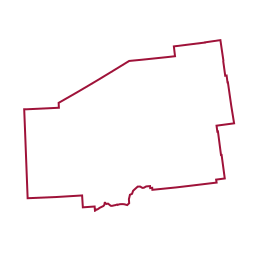 outline of Matanuska-Susitna, Alaska, United States of America, rotated 355°
{"feature_id": "52423323B34523976645917", "entity_name": "Matanuska-Susitna", "entity_type": "district", "adm_level": 2, "iso_a3": "USA", "parent_name": "United States of America", "parent_adm1": "Alaska", "projection": "orthographic", "projection_center": [-149.802, 62.337], "detail": "fine", "context": "isolated", "style": "outline", "palette": "rose", "viewbox_px": 256, "rotation_deg": 355, "n_neighbors": 0, "source": "geoboundaries", "source_scale": "gbopen_adm2", "svg_char_len": 1322}
<svg xmlns="http://www.w3.org/2000/svg" viewBox="0 0 256 256"><g transform="rotate(355 128 128)"><path d="M21.9,189.2L50.2,190.5L76.4,191.2L76.1,203.1L87.9,203.3L87.9,207.5L88.3,207.4L88.6,207.1L88.8,206.8L88.8,206.5L88.8,206.4L89.0,206.3L89.4,206.6L90.5,206.4L92.0,205.6L92.2,205.4L92.7,205.1L96.6,203.6L97.3,203.0L97.6,202.6L97.9,202.1L98.2,200.6L98.5,200.4L98.8,200.5L99.3,201.4L100.0,201.8L100.5,201.7L101.5,201.6L102.8,202.8L103.7,203.7L104.1,204.0L104.6,204.1L106.0,204.1L107.0,203.9L109.0,203.7L109.7,203.5L110.0,203.4L110.6,203.3L111.0,203.7L111.6,203.5L113.3,203.2L115.6,203.3L117.5,203.6L120.5,204.7L122.6,203.0L122.7,198.9L123.4,196.9L124.1,194.7L126.3,193.9L127.6,191.0L129.0,189.9L132.6,187.2L135.0,187.4L137.1,188.9L138.6,188.9L141.0,187.8L144.9,187.8L144.9,189.8L146.9,189.7L146.9,191.7L169.7,191.4L170.4,191.4L183.9,191.0L211.5,190.1L211.3,187.1L220.0,186.7L218.9,163.0L218.3,163.0L217.3,139.3L216.7,139.4L216.4,133.4L234.1,132.6L232.8,114.9L231.5,91.2L231.1,91.2L230.8,84.3L229.4,84.4L228.7,69.9L228.9,69.1L227.7,48.5L212.1,49.4L212.1,49.6L208.6,49.7L180.8,50.7L181.1,60.6L172.3,60.8L147.6,61.2L135.0,61.3L112.3,72.6L98.0,79.6L80.8,87.8L61.1,96.9L60.9,101.8L52.7,101.5L28.2,100.5L26.3,100.3L26.2,100.3L26.2,100.9L24.8,130.0L23.2,162.5L21.9,189.2Z" fill="none" stroke="#9f1239" stroke-width="2"/></g></svg>